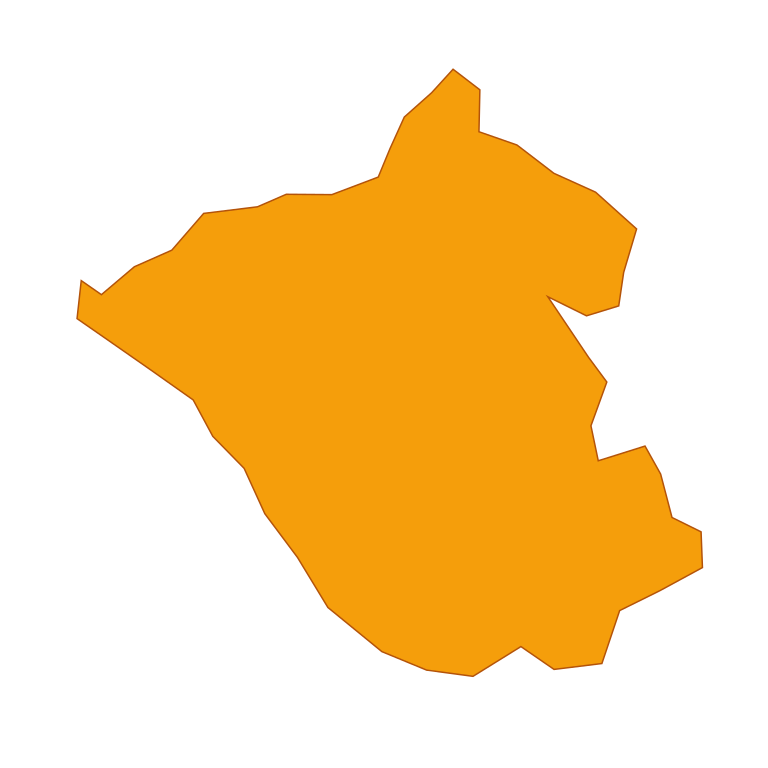 Meniko, Nicosia, Cyprus (Natural Earth projection), rotated 263°
{"feature_id": "46923920B66870539370935", "entity_name": "Meniko", "entity_type": "district", "adm_level": 2, "iso_a3": "CYP", "parent_name": "Cyprus", "parent_adm1": "Nicosia", "projection": "natural_earth1", "projection_center": [33.147, 35.101], "detail": "fine", "context": "isolated", "style": "filled", "palette": "amber", "viewbox_px": 768, "rotation_deg": 263, "n_neighbors": 0, "source": "geoboundaries", "source_scale": "gbopen_adm2", "svg_char_len": 764}
<svg xmlns="http://www.w3.org/2000/svg" viewBox="0 0 768 768"><g transform="rotate(263 384 384)"><path d="M523.5,96.1L486.3,87.3L456.7,120.4L427.0,153.5L391.4,192.7L352.9,207.7L317.3,234.9L269.8,249.9L222.4,277.0L169.0,301.1L118.6,349.3L94.8,391.5L83.0,436.7L106.7,487.9L80.0,518.0L80.0,566.2L130.4,590.3L145.2,632.5L163.0,677.7L198.6,680.7L216.4,653.6L260.9,647.6L290.6,635.5L281.7,587.3L317.3,584.3L358.8,605.4L385.5,590.3L450.7,557.2L427.0,593.3L432.9,626.5L465.6,635.5L507.1,653.6L548.6,617.4L572.4,578.3L605.0,545.1L622.8,509.0L664.3,515.0L688.0,490.9L667.3,466.8L646.5,436.7L616.8,418.6L590.1,403.5L578.3,355.3L584.2,310.1L575.3,280.0L575.3,225.8L542.7,189.7L530.8,150.5L507.1,114.4L523.5,96.1Z" fill="#f59e0b" stroke="#b45309" stroke-width="1.5"/></g></svg>